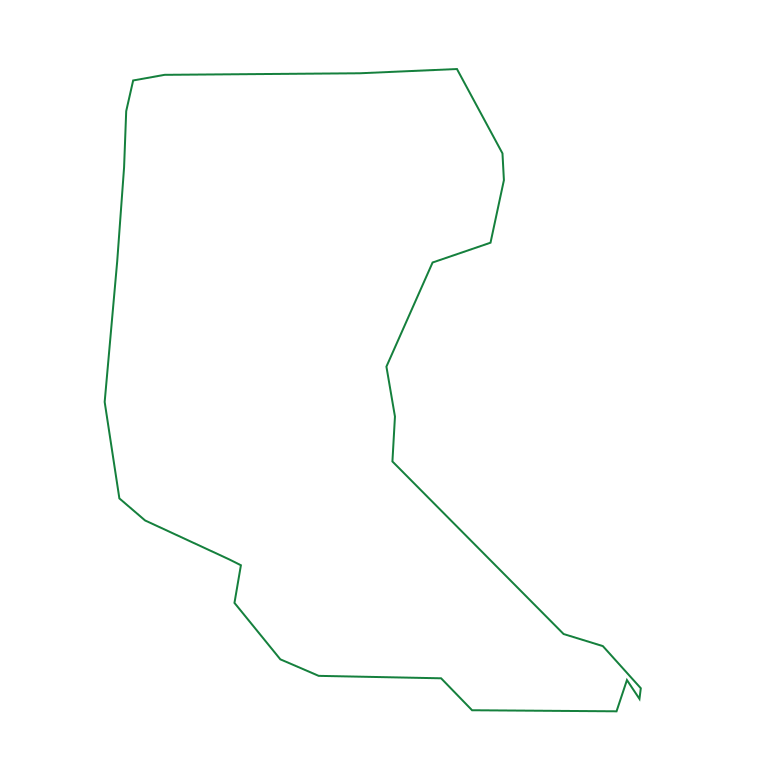 Agana Heights, Guam, rotated 184°
{"feature_id": "77769853B67534366547029", "entity_name": "Agana Heights", "entity_type": "district", "adm_level": 2, "iso_a3": "GUM", "parent_name": "Guam", "parent_adm1": "", "projection": "robinson", "projection_center": [144.743, 13.466], "detail": "fine", "context": "isolated", "style": "outline", "palette": "green", "viewbox_px": 768, "rotation_deg": 184, "n_neighbors": 0, "source": "geoboundaries", "source_scale": "gbopen_adm2", "svg_char_len": 531}
<svg xmlns="http://www.w3.org/2000/svg" viewBox="0 0 768 768"><g transform="rotate(184 384 384)"><path d="M107.2,87.7L106.6,98.4L147.4,137.8L187.4,147.1L370.2,307.3L370.8,352.3L382.8,401.5L344.0,508.6L287.6,532.4L278.6,595.7L281.9,622.3L333.2,703.3L429.7,692.3L624.5,677.1L655.4,669.3L660.2,638.2L658.4,582.0L658.7,487.8L661.4,346.6L640.0,251.4L612.8,231.2L526.1,198.2L514.1,193.2L517.9,155.2L468.2,102.1L428.8,88.3L306.5,94.4L273.4,64.7L129.2,73.7L121.0,105.6L107.2,87.7Z" fill="none" stroke="#15803d" stroke-width="2"/></g></svg>